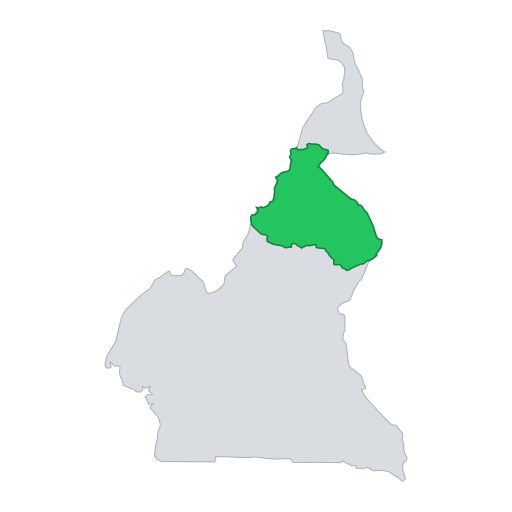 Cameroon, with Nord highlighted
{"feature_id": "CMR-1483", "entity_name": "Nord", "entity_type": "Province", "adm_level": 1, "iso_a3": "CMR", "parent_name": "Cameroon", "parent_adm1": "", "projection": "orthographic", "projection_center": [13.766, 8.625], "detail": "fine", "context": "in_parent", "style": "filled", "palette": "green", "viewbox_px": 512, "rotation_deg": 0, "n_neighbors": 0, "source": "natural_earth", "source_scale": "10m", "svg_char_len": 7613}
<svg xmlns="http://www.w3.org/2000/svg" viewBox="0 0 512 512"><path d="M105.9,358.7L107.1,355.7L115.7,341.4L121.2,318.4L123.7,313.0L126.2,309.4L138.6,297.3L143.2,293.4L149.9,289.0L154.7,280.0L156.3,279.1L158.4,278.3L169.0,270.8L170.0,272.3L170.6,274.1L171.4,275.0L174.8,275.6L179.6,275.6L182.3,275.1L183.7,273.5L185.2,269.3L186.1,268.5L187.2,268.3L192.3,271.3L200.8,279.8L202.9,281.3L203.8,282.9L205.7,290.5L206.7,292.4L208.5,293.2L211.8,292.8L215.3,291.4L218.3,289.5L221.3,287.0L223.4,284.7L224.2,283.1L224.7,276.8L225.4,275.5L236.5,266.5L236.2,265.7L234.4,263.1L232.8,260.3L234.5,257.5L236.2,255.3L242.6,247.8L243.0,242.3L248.2,233.9L251.2,222.6L251.3,220.4L258.0,208.0L265.0,206.9L267.7,205.2L270.8,202.1L272.8,199.3L273.8,196.6L274.5,191.3L275.8,185.3L276.5,180.0L278.7,175.2L282.2,172.7L288.3,170.7L289.2,169.8L290.1,166.5L291.0,155.8L292.0,151.1L297.6,145.7L300.1,137.3L302.4,128.5L308.8,117.9L316.2,107.4L319.7,104.5L322.6,103.2L326.0,103.1L328.3,102.3L336.3,97.0L339.7,95.2L342.2,93.4L342.8,91.8L343.0,89.5L342.2,84.0L343.6,80.0L344.4,73.8L344.7,69.0L344.4,67.3L342.9,64.5L340.5,61.5L336.5,59.7L331.0,59.2L328.0,58.2L327.0,52.6L326.6,49.1L322.8,30.7L329.8,30.8L338.2,32.9L340.3,34.6L341.4,40.9L344.5,44.5L349.8,47.4L353.2,53.4L354.5,62.6L357.5,68.1L358.1,69.0L362.3,79.4L362.6,84.2L362.2,87.4L364.0,91.4L361.4,98.2L360.7,102.4L360.5,108.3L362.0,118.7L364.5,126.7L367.2,133.2L370.2,138.2L375.0,143.8L380.2,148.8L385.0,152.0L380.6,153.9L372.0,154.2L367.0,153.1L364.7,153.1L362.3,153.8L353.1,154.8L343.8,154.3L335.2,153.1L330.0,153.3L325.9,156.4L322.7,161.0L319.6,164.7L320.7,168.8L323.0,171.0L327.4,176.0L331.4,180.8L333.5,184.0L341.5,191.1L349.2,197.4L352.8,199.6L354.2,200.0L358.4,203.6L364.2,209.6L369.6,218.8L377.1,237.4L378.8,239.0L381.3,240.0L381.7,241.9L381.5,244.8L380.7,247.2L374.7,257.0L369.5,260.8L368.0,263.1L366.0,268.7L361.2,279.8L359.2,281.3L354.5,288.9L350.6,298.3L349.7,299.8L348.1,301.0L342.6,303.3L340.7,304.5L337.9,307.5L337.5,309.4L338.8,312.0L340.4,314.2L343.3,314.2L344.9,316.2L344.9,330.8L343.6,333.0L343.6,334.0L343.0,336.6L342.8,339.4L343.2,340.5L344.3,341.4L345.8,343.3L346.7,347.8L348.6,363.6L349.5,366.1L351.0,367.9L355.9,371.3L361.0,375.7L362.6,378.6L363.6,383.4L365.5,387.1L365.5,388.4L364.7,388.9L361.5,389.2L362.6,392.0L365.2,396.7L378.3,411.3L390.8,424.2L393.7,425.1L395.9,425.4L396.9,426.2L398.0,428.0L402.2,432.8L403.0,435.5L402.1,438.1L403.0,442.2L403.8,443.6L403.5,444.9L404.0,449.9L405.1,454.2L407.0,457.9L406.7,460.5L404.3,461.9L402.9,464.3L402.5,467.7L403.2,471.8L405.1,476.6L405.2,479.4L402.1,481.3L398.8,478.0L395.1,475.8L389.5,472.0L384.0,470.6L376.7,470.4L373.6,470.9L368.2,467.7L366.5,467.3L364.1,468.6L362.5,468.7L360.4,468.2L356.3,468.3L355.9,466.0L355.2,465.6L350.8,465.8L349.4,464.0L348.8,464.2L347.1,463.6L343.5,460.9L339.8,462.7L332.0,462.5L292.6,462.4L291.7,460.0L289.7,458.7L286.2,458.6L275.8,459.1L267.8,458.6L262.4,457.7L255.8,457.1L247.5,457.5L239.1,457.4L224.0,456.7L215.7,456.7L215.9,458.2L215.3,459.3L214.9,461.9L161.6,461.5L157.3,459.6L155.9,458.5L155.5,456.3L154.5,456.0L155.4,446.8L157.2,439.1L157.9,431.9L160.4,425.6L159.2,419.2L157.6,416.4L149.6,407.4L153.3,404.0L148.5,404.4L147.4,401.1L145.1,397.0L146.5,396.4L147.9,394.2L152.3,394.9L152.2,393.9L148.4,390.5L148.8,388.8L150.4,386.9L149.6,386.1L146.9,388.0L144.9,387.9L143.4,386.6L142.3,386.4L143.0,389.0L141.4,391.3L140.0,392.1L137.5,391.9L135.5,391.3L134.9,390.0L133.0,389.0L127.7,387.2L123.3,385.2L122.4,379.7L120.6,377.3L119.9,374.6L119.5,371.6L120.1,366.9L119.0,366.1L117.7,365.9L115.8,366.1L114.0,365.8L111.9,363.1L110.0,362.1L111.2,366.9L109.8,368.2L106.6,367.8L105.3,366.0L105.0,364.6L106.5,358.9L105.9,358.7Z" fill="#d9dde1" stroke="#a8b0b8" stroke-width="1"/><path d="M328.1,153.3L327.6,153.4L327.2,153.5L327.2,153.8L327.1,154.2L327.0,154.6L325.2,158.4L323.9,160.0L320.7,162.8L318.4,166.3L318.4,166.8L321.9,169.6L333.1,182.5L333.4,184.2L334.2,185.4L342.9,192.4L351.6,199.4L352.2,199.6L352.6,199.5L352.9,199.5L353.3,199.5L353.6,199.5L354.2,199.8L355.7,201.0L356.1,201.4L356.3,201.8L356.5,202.0L356.8,202.1L357.1,202.4L357.3,202.7L357.7,203.8L357.8,204.2L357.8,204.6L357.9,204.9L358.4,205.0L359.9,205.2L360.9,205.5L361.7,206.1L362.4,206.9L364.0,209.6L366.3,211.9L366.9,212.6L368.0,214.9L373.3,226.2L375.7,234.7L377.1,237.9L378.9,239.3L379.8,239.3L381.0,239.6L381.9,239.8L381.8,243.8L381.3,246.2L380.3,248.4L378.7,250.5L378.4,251.0L376.3,253.9L376.1,254.5L376.9,255.2L376.8,255.8L376.6,255.8L375.9,255.8L375.7,255.9L375.4,256.1L375.1,256.8L375.0,257.0L373.1,258.4L370.1,260.2L369.5,260.7L369.4,260.6L369.1,260.5L368.6,260.4L368.1,260.4L367.5,260.7L366.6,261.2L364.2,263.3L363.6,263.7L363.0,263.9L362.1,264.0L361.5,264.0L360.9,264.1L360.3,264.3L352.1,267.9L349.2,269.7L348.7,270.0L348.2,270.1L347.7,270.3L347.3,270.3L346.8,270.3L346.4,270.2L345.8,269.8L345.6,269.6L345.0,268.7L342.5,268.2L341.6,266.8L341.3,266.3L341.0,265.7L340.5,265.2L339.9,264.8L339.3,264.6L338.8,264.5L336.0,264.8L335.0,264.8L334.5,264.7L334.1,264.5L333.8,264.1L333.7,263.5L333.8,262.9L333.9,262.4L333.8,260.3L333.2,259.0L332.6,258.5L332.1,258.3L331.4,257.7L329.3,255.5L328.6,254.2L328.5,253.5L328.3,253.2L327.8,252.8L326.2,251.5L326.0,251.3L325.8,250.9L325.6,250.5L325.3,249.1L325.0,248.8L324.6,248.6L317.8,247.9L316.7,247.6L316.3,247.2L316.0,246.9L316.0,245.2L315.5,244.7L315.0,244.6L314.1,244.7L309.6,245.7L309.2,245.7L308.7,245.7L307.8,245.3L307.2,245.3L306.5,245.5L306.0,245.7L305.0,246.3L304.6,246.5L303.2,247.0L302.8,247.2L302.3,247.8L301.9,248.0L301.3,247.9L299.3,246.5L298.4,246.1L297.7,245.8L297.1,245.2L296.7,244.7L295.6,243.9L292.9,243.3L292.4,243.5L292.2,244.0L291.7,244.4L291.6,244.7L291.5,245.2L291.4,246.8L291.2,247.3L289.1,247.1L288.0,247.3L287.1,247.6L286.2,247.7L285.6,247.7L285.0,247.5L281.7,245.7L281.1,245.6L274.8,244.6L271.7,243.7L271.0,243.1L270.0,242.6L269.6,242.6L269.1,242.4L268.2,242.1L267.7,241.8L267.3,241.4L267.1,240.7L267.0,239.5L266.9,238.6L267.0,238.2L267.3,237.9L267.5,237.5L267.5,237.1L267.4,236.7L266.6,235.3L266.2,234.9L265.6,234.7L265.1,234.7L263.6,234.6L262.6,234.5L261.8,234.2L260.8,233.7L253.4,226.9L251.7,224.6L251.3,224.1L251.4,223.8L251.4,223.0L250.8,219.8L250.7,218.0L251.0,216.3L251.9,215.0L252.8,214.7L254.3,214.9L255.1,214.8L255.6,214.5L255.9,214.0L256.2,213.5L256.5,213.1L257.6,212.3L258.0,212.0L258.0,210.9L257.9,210.3L256.9,208.0L256.6,207.5L257.7,207.8L258.3,207.9L258.8,207.9L259.4,207.6L259.9,207.3L260.4,207.0L261.1,206.9L261.6,207.1L262.9,207.7L263.4,207.8L264.0,207.7L268.0,205.5L268.7,204.8L269.3,203.5L269.7,202.4L270.0,201.9L270.4,201.7L271.0,201.7L271.5,201.8L271.9,201.8L272.5,201.6L273.3,200.4L273.8,198.7L274.7,191.3L274.4,189.8L274.4,188.2L275.2,186.3L277.0,183.1L277.3,182.4L277.4,181.7L277.5,180.1L277.2,178.9L276.8,178.1L275.7,177.9L275.8,177.1L276.0,176.9L278.3,175.8L278.6,175.6L279.1,175.2L280.2,173.7L280.7,173.3L283.4,172.1L286.5,171.6L289.1,170.6L290.2,167.8L290.4,165.2L290.9,162.6L291.2,161.6L291.6,161.0L291.7,160.3L291.3,159.4L290.1,158.3L289.8,157.6L289.7,156.7L290.0,155.9L290.9,154.5L291.1,153.5L290.9,152.8L290.5,151.5L290.4,150.7L291.1,149.3L292.4,148.8L295.5,148.5L296.2,148.2L296.8,147.9L296.9,148.1L297.7,149.5L298.1,149.8L298.5,150.0L299.0,150.0L300.9,149.4L302.3,149.4L303.1,149.5L303.7,149.3L304.6,148.9L307.1,148.1L307.6,147.8L307.8,147.4L307.6,147.0L307.0,146.1L306.8,145.7L306.8,145.2L307.0,144.8L307.4,144.3L308.0,143.8L308.6,143.6L309.2,143.5L311.6,144.0L313.2,144.2L314.8,144.0L315.6,144.1L317.7,144.5L318.9,144.9L319.5,145.3L320.4,146.7L320.6,146.9L321.8,147.8L322.6,148.8L323.8,149.1L324.4,149.1L328.0,150.2L328.4,150.8L328.1,153.2L328.1,153.3L328.1,153.3Z" fill="#22c55e" stroke="#15803d" stroke-width="1.5"/></svg>